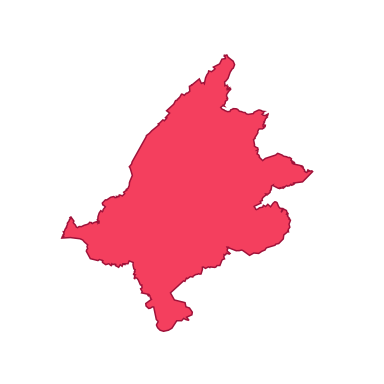 Teocuitatlán de Corona, Jalisco, Mexico (Natural Earth projection), rotated 292°
{"feature_id": "50627088B4235190972494", "entity_name": "Teocuitatlán de Corona", "entity_type": "district", "adm_level": 2, "iso_a3": "MEX", "parent_name": "Mexico", "parent_adm1": "Jalisco", "projection": "natural_earth1", "projection_center": [-103.338, 20.111], "detail": "fine", "context": "isolated", "style": "filled", "palette": "rose", "viewbox_px": 384, "rotation_deg": 292, "n_neighbors": 0, "source": "geoboundaries", "source_scale": "gbopen_adm2", "svg_char_len": 6061}
<svg xmlns="http://www.w3.org/2000/svg" viewBox="0 0 384 384"><g transform="rotate(292 192 192)"><path d="M204.1,292.2L205.3,289.7L206.4,289.5L206.8,287.9L207.5,288.1L207.4,289.1L207.9,289.2L209.0,287.4L210.2,286.5L210.6,282.7L208.9,282.9L206.5,282.3L210.6,282.2L209.9,279.7L210.9,277.8L214.0,274.8L214.2,273.4L213.9,272.4L211.9,271.4L207.7,270.4L209.0,266.9L206.1,265.7L206.4,263.2L204.4,263.2L202.7,260.5L200.8,259.4L199.8,258.4L199.8,257.5L200.6,257.0L201.6,255.1L202.0,255.0L207.6,260.1L208.8,258.8L210.5,260.4L211.7,259.6L213.6,259.9L216.9,261.7L217.2,262.3L217.8,261.2L218.5,263.3L220.9,264.5L222.6,264.0L223.7,264.6L224.0,264.1L225.3,264.2L227.4,263.5L228.7,264.5L228.3,264.5L227.8,270.8L228.9,272.2L228.3,272.3L229.8,274.3L229.6,275.1L230.8,275.8L230.9,275.0L231.9,276.4L233.5,277.4L233.2,278.3L234.4,280.1L236.2,280.8L235.6,281.9L237.1,283.4L237.7,283.7L237.7,282.8L238.3,282.7L242.8,290.7L256.1,296.2L256.5,295.4L256.3,294.8L254.6,291.9L254.6,291.4L255.1,291.5L255.8,292.1L255.9,291.2L253.1,291.2L252.9,290.6L253.4,288.5L254.2,288.4L255.0,287.5L255.2,286.6L256.0,285.8L256.6,285.9L257.2,284.9L257.3,284.3L256.7,284.4L256.5,284.0L257.1,283.3L257.1,282.2L256.2,276.8L257.4,276.2L257.8,275.4L256.0,275.3L256.5,273.8L257.4,274.0L257.7,273.2L258.1,273.2L258.1,274.4L258.4,271.9L260.0,271.8L260.2,271.4L260.6,269.5L260.0,268.4L260.1,266.2L259.5,263.6L260.0,261.8L260.0,257.7L259.9,256.9L257.6,255.7L250.6,247.4L247.6,245.8L249.5,241.3L250.3,241.2L251.4,239.9L251.7,238.1L254.8,237.7L255.3,237.4L255.0,236.7L256.1,237.4L257.5,236.4L257.5,234.4L258.0,232.6L259.2,232.3L263.7,229.4L265.3,230.4L265.8,229.9L271.6,230.9L272.8,230.2L275.1,230.4L275.8,230.9L276.8,233.6L278.4,234.7L279.2,233.8L279.3,234.7L279.9,235.3L281.4,235.0L280.9,232.7L283.8,233.0L283.9,232.4L285.3,232.9L287.3,232.7L289.3,233.6L289.2,233.2L289.5,233.0L291.9,233.5L292.8,233.3L290.2,231.1L289.9,229.3L290.3,227.8L292.2,228.8L293.1,228.1L293.7,228.7L293.1,226.6L293.5,226.1L293.3,223.8L293.0,223.1L289.3,219.7L287.7,219.5L285.0,215.0L284.8,213.1L285.6,211.4L285.0,209.8L285.1,207.7L284.6,205.7L285.7,203.4L285.7,201.7L284.7,198.9L284.3,198.9L282.6,197.1L280.9,197.0L279.8,194.8L279.8,191.5L280.2,190.8L280.0,189.2L281.2,186.9L283.6,188.2L283.7,189.8L284.3,188.6L284.6,189.1L286.5,189.5L288.6,189.0L290.7,190.3L291.5,190.1L291.9,189.3L292.4,189.8L293.8,188.1L295.4,187.6L299.1,188.3L301.6,189.4L302.4,188.9L300.6,187.0L302.3,187.3L301.0,185.8L303.4,185.8L303.5,184.3L303.9,184.3L303.5,183.8L303.5,183.2L302.9,182.7L306.3,181.0L307.8,181.9L310.9,182.8L317.4,182.5L321.2,183.2L322.3,183.9L326.0,183.8L328.7,181.2L330.5,174.9L332.1,173.0L331.0,171.6L331.1,171.1L330.9,170.7L330.0,170.9L329.6,172.2L328.2,172.9L326.4,170.0L321.1,169.6L315.8,165.0L314.9,167.2L314.3,167.1L310.9,165.1L310.5,162.1L308.4,162.5L306.3,161.9L302.9,161.8L297.0,162.9L297.7,161.7L296.2,160.0L299.6,156.4L291.7,152.1L291.3,151.5L290.9,151.8L289.0,150.0L284.6,152.2L282.0,150.8L281.6,149.8L278.7,148.6L279.1,146.7L278.8,145.6L275.0,145.1L274.4,144.6L273.6,144.7L272.7,143.8L271.3,143.7L270.6,142.5L266.6,142.2L257.8,138.0L256.8,141.7L251.1,139.6L251.2,140.9L247.7,139.7L248.0,138.0L243.2,135.9L242.5,136.1L242.9,134.6L241.6,136.1L233.8,131.8L230.4,130.5L227.3,128.6L225.8,128.8L197.5,125.2L195.2,125.5L191.9,124.4L191.0,125.7L185.0,130.5L179.0,130.4L177.2,130.5L174.6,131.4L171.4,131.3L169.8,130.1L169.4,130.8L166.2,128.7L165.2,130.2L162.3,128.9L162.2,126.1L161.8,125.6L160.3,125.9L159.6,123.6L158.8,124.2L157.9,122.7L158.5,121.2L156.7,118.6L152.8,116.0L152.2,114.6L148.1,113.0L146.6,114.1L146.7,114.6L145.8,117.2L142.5,116.2L141.2,116.5L140.1,116.2L140.5,114.4L137.7,113.8L133.8,114.1L132.0,114.8L130.8,114.6L130.6,115.3L129.6,115.3L128.5,116.1L129.9,116.0L130.1,116.8L128.4,117.4L128.0,116.8L128.6,114.5L127.0,112.6L125.4,111.5L125.4,110.7L126.0,110.3L125.5,108.4L124.0,108.1L122.6,106.9L120.8,104.5L118.5,102.5L117.7,100.3L116.1,99.3L116.1,98.0L117.7,96.2L118.8,93.8L119.5,93.3L120.8,93.4L123.5,89.1L122.6,88.4L122.0,89.5L120.9,88.7L118.9,88.8L116.3,88.1L115.5,88.7L111.9,88.6L111.8,89.0L110.3,88.3L107.0,88.4L106.9,87.7L105.1,89.2L104.2,88.5L102.8,89.7L101.9,88.8L102.1,88.5L100.5,88.5L104.2,96.3L106.7,105.7L106.6,108.6L105.4,110.9L103.9,115.1L102.1,115.1L100.3,116.5L98.9,116.0L97.5,116.2L92.1,122.7L93.2,130.5L94.7,131.5L95.0,134.7L94.8,135.2L94.2,134.9L93.2,135.4L92.3,139.2L94.2,141.5L94.2,142.5L93.5,143.9L93.5,144.7L95.4,144.6L95.0,145.8L96.0,146.9L96.3,148.1L96.3,148.4L95.1,148.5L94.7,152.2L97.6,152.7L97.0,155.0L98.9,154.8L99.5,156.5L99.9,155.6L101.5,159.5L104.6,159.6L104.6,163.9L102.3,164.6L98.9,166.9L98.7,168.4L96.7,168.4L96.6,169.0L94.2,168.6L94.0,170.1L93.5,169.5L93.3,170.3L90.3,170.8L90.2,171.4L91.5,171.6L91.4,173.4L90.3,175.2L86.7,178.8L86.5,179.6L87.0,180.2L84.4,181.6L83.0,180.6L80.9,183.2L79.6,183.1L80.6,188.7L79.5,190.3L80.8,190.4L80.1,191.7L79.1,192.3L78.3,193.4L77.9,193.4L77.3,194.6L71.3,190.9L69.1,192.1L67.8,195.5L68.7,196.9L70.7,198.4L71.0,199.6L60.4,206.7L59.5,208.7L58.9,209.2L55.8,208.8L54.9,209.2L53.2,211.1L51.9,214.2L52.2,217.8L55.0,221.9L58.2,224.4L66.9,226.1L68.8,230.6L71.7,231.7L71.4,233.9L71.7,236.6L72.7,237.1L72.3,236.6L73.9,233.9L78.1,237.9L80.7,237.3L83.5,233.1L83.3,229.4L86.8,227.0L85.3,216.1L90.4,209.8L106.4,217.4L106.5,218.9L110.0,219.1L109.9,220.2L112.9,222.1L113.5,224.6L114.4,224.6L116.8,226.3L117.9,228.1L118.7,228.6L118.8,230.1L119.4,231.1L124.0,230.7L126.2,229.8L126.7,230.7L126.2,233.1L128.8,235.3L128.6,236.9L129.4,237.1L130.6,241.4L131.5,242.3L133.2,242.8L134.3,245.4L139.8,245.3L140.7,245.6L142.2,247.2L143.8,245.7L145.0,245.7L145.9,245.2L146.0,246.2L146.6,246.7L148.1,246.8L148.4,249.8L149.3,250.3L150.4,246.9L151.7,246.2L152.8,246.5L154.0,245.1L154.5,246.6L154.0,247.6L154.1,254.9L155.4,257.9L156.7,259.6L156.8,260.9L154.8,269.1L158.6,272.2L160.0,276.8L163.2,279.0L165.7,281.5L167.3,281.6L168.3,282.1L173.7,288.9L175.1,289.3L176.7,291.7L182.7,294.2L186.5,293.2L190.8,295.5L191.4,295.4L191.3,296.3L193.4,295.3L196.0,295.9L198.5,294.0L202.6,293.9L203.2,293.6L202.9,293.6L203.3,291.9L204.1,292.2Z" fill="#f43f5e" stroke="#9f1239" stroke-width="1.5"/></g></svg>